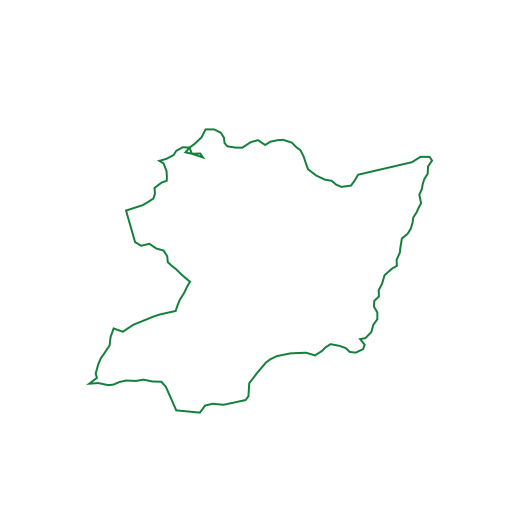 the district of São Sebastião da Amoreira, Paraná, Brazil, rotated 254°
{"feature_id": "56859067B74095202056810", "entity_name": "São Sebastião da Amoreira", "entity_type": "district", "adm_level": 2, "iso_a3": "BRA", "parent_name": "Brazil", "parent_adm1": "Paraná", "projection": "natural_earth1", "projection_center": [-50.715, -23.455], "detail": "fine", "context": "isolated", "style": "outline", "palette": "green", "viewbox_px": 512, "rotation_deg": 254, "n_neighbors": 0, "source": "geoboundaries", "source_scale": "gbopen_adm2", "svg_char_len": 2026}
<svg xmlns="http://www.w3.org/2000/svg" viewBox="0 0 512 512"><g transform="rotate(254 256 256)"><path d="M135.6,325.3L137.0,333.3L140.7,336.0L147.4,333.2L146.9,338.5L151.1,345.9L157.5,349.8L161.8,355.2L168.3,357.1L174.9,355.4L180.3,357.4L183.2,363.0L189.3,364.5L194.3,369.3L202.1,374.3L206.3,383.1L207.7,388.7L213.6,390.1L219.3,395.0L225.1,397.5L232.7,401.1L235.5,407.8L239.6,412.3L244.9,415.7L249.7,417.8L253.6,422.3L257.5,425.6L261.2,429.2L269.9,429.9L274.8,434.0L279.1,436.0L283.4,438.9L287.8,443.7L294.7,446.1L299.2,451.5L303.4,450.2L306.0,441.4L303.2,431.8L306.0,376.6L300.8,371.0L297.5,366.7L298.9,357.2L302.5,352.7L307.4,349.5L310.3,343.4L316.8,336.0L325.1,329.9L331.4,329.5L338.6,329.2L345.4,327.9L349.1,325.0L355.2,321.6L360.2,314.1L361.4,308.5L361.9,301.4L360.2,295.4L366.8,289.8L366.9,282.4L363.9,272.6L366.1,265.5L369.4,258.6L373.4,256.9L378.4,257.8L384.0,256.3L389.2,250.7L391.6,242.5L385.0,236.2L380.7,227.9L378.5,222.0L380.7,215.7L379.1,208.4L375.8,204.7L374.1,196.8L374.1,189.3L370.4,192.7L362.4,193.4L357.1,192.3L352.9,190.9L352.6,185.5L349.4,177.2L343.7,176.0L339.5,173.2L337.8,167.6L336.1,161.1L335.5,143.6L302.7,143.6L297.5,148.4L297.1,156.9L290.7,162.2L286.7,168.7L280.3,170.6L274.4,169.5L270.0,172.1L265.9,175.2L259.5,178.8L254.2,182.2L249.4,185.5L245.6,181.4L240.5,176.9L234.6,170.4L230.6,167.3L225.3,163.6L226.3,147.3L226.1,141.4L223.7,119.1L219.9,107.1L225.6,99.2L218.1,93.8L210.5,90.7L203.6,82.6L200.4,78.6L195.5,74.6L187.2,69.5L182.7,69.5L179.2,60.5L177.3,69.5L172.6,78.3L171.7,83.3L172.5,90.2L172.1,96.8L169.0,106.2L168.1,113.8L163.9,121.9L161.2,130.4L155.1,133.3L129.6,136.8L120.9,158.9L126.3,165.9L125.9,173.6L121.9,183.9L120.4,206.2L123.3,210.1L135.5,214.4L143.4,225.0L150.9,236.3L152.9,241.7L154.0,248.6L152.9,262.3L151.4,268.7L149.2,277.5L144.2,285.3L146.4,292.9L149.0,297.7L150.7,303.4L146.6,311.5L142.8,316.8L137.9,319.7L135.6,325.3ZM378.5,222.0L372.0,222.5L375.1,216.8L378.5,222.0ZM372.0,222.5L369.9,230.6L365.4,232.1L372.0,222.5Z" fill="none" stroke="#15803d" stroke-width="2"/></g></svg>